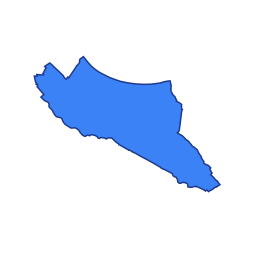 outline of Tiel, Gelderland, Netherlands, rotated 240°
{"feature_id": "6326949B29204266624827", "entity_name": "Tiel", "entity_type": "district", "adm_level": 2, "iso_a3": "NLD", "parent_name": "Netherlands", "parent_adm1": "Gelderland", "projection": "natural_earth1", "projection_center": [5.408, 51.887], "detail": "fine", "context": "isolated", "style": "filled", "palette": "blue", "viewbox_px": 256, "rotation_deg": 240, "n_neighbors": 0, "source": "geoboundaries", "source_scale": "gbopen_adm2", "svg_char_len": 5507}
<svg xmlns="http://www.w3.org/2000/svg" viewBox="0 0 256 256"><g transform="rotate(240 128 128)"><path d="M47.1,150.4L46.6,151.0L46.1,151.5L45.9,151.8L45.3,152.6L45.3,152.8L45.1,153.1L44.8,153.8L44.7,154.1L43.9,157.3L43.3,157.3L43.2,158.0L39.2,161.0L36.5,162.7L35.1,163.4L34.6,163.7L34.9,165.3L32.6,166.0L32.7,166.5L32.7,167.7L32.7,169.0L32.6,169.7L32.6,170.9L32.8,171.5L32.9,171.8L33.0,171.8L33.0,172.2L33.0,173.9L33.0,175.3L32.7,175.3L32.9,179.3L37.2,178.7L37.5,178.5L38.0,178.7L38.9,178.1L39.2,177.9L39.4,177.9L39.6,177.8L42.2,177.5L46.2,176.3L46.5,177.1L46.6,177.5L46.9,178.2L49.3,178.2L49.8,178.3L50.7,178.3L51.4,178.3L51.5,178.3L51.6,178.5L52.1,179.7L54.2,179.2L54.5,179.2L55.0,179.0L55.2,178.9L55.9,178.5L56.5,178.0L57.9,177.0L58.9,176.2L59.1,176.1L59.7,176.1L60.3,176.4L60.8,176.9L63.6,176.7L64.8,176.6L65.4,176.7L65.6,176.7L66.2,177.0L66.6,177.1L67.3,177.1L68.1,177.0L68.5,176.9L69.7,176.8L70.7,176.8L73.6,176.9L74.4,176.9L74.5,177.0L74.9,176.9L75.9,176.6L78.1,175.8L78.3,175.7L79.0,175.3L79.4,174.9L80.0,174.7L80.3,174.6L82.4,174.4L83.7,174.1L84.0,173.9L83.9,174.0L84.3,173.9L85.2,173.9L85.8,173.8L86.0,173.8L87.0,173.5L87.5,173.2L88.4,172.8L89.6,172.3L91.6,171.9L94.1,171.1L94.4,171.0L94.9,170.7L96.4,169.8L97.2,169.3L98.4,168.7L99.0,168.5L99.2,168.4L99.7,170.2L99.8,170.4L100.1,170.9L100.5,171.3L100.7,171.5L101.1,171.8L101.8,172.3L107.4,176.7L107.5,176.7L111.8,179.9L114.1,181.6L115.9,183.1L116.2,183.4L116.5,183.7L116.6,184.0L116.7,184.4L116.9,184.4L117.0,184.3L118.0,184.1L119.3,184.8L120.4,185.4L121.4,186.1L122.2,186.0L123.0,185.7L124.1,185.1L124.8,184.7L126.0,184.0L127.1,183.3L127.3,183.3L127.9,183.9L127.9,184.0L128.1,184.1L129.7,184.0L130.7,184.1L131.2,184.2L131.7,184.3L131.9,184.3L133.1,183.8L133.6,183.6L134.0,183.5L134.8,183.4L135.0,183.5L135.9,183.6L137.1,183.6L138.2,183.6L138.5,183.7L138.9,184.0L139.1,184.1L139.9,184.4L140.3,184.8L140.6,184.9L140.7,184.7L141.2,185.2L142.9,186.5L147.8,188.0L148.9,185.5L150.1,181.9L150.6,179.4L150.7,179.2L151.2,177.6L152.3,174.9L153.2,172.8L154.3,170.2L155.3,168.2L158.4,162.6L160.5,159.5L162.1,157.0L166.1,151.8L167.9,149.6L172.0,145.0L172.7,144.3L175.1,142.2L177.3,140.3L181.5,136.9L188.3,132.5L189.6,131.6L191.5,130.6L193.2,129.8L195.4,128.8L197.0,128.2L198.3,127.7L199.6,127.3L200.9,127.0L202.4,126.6L204.5,126.2L210.5,125.3L212.1,125.1L211.7,121.1L211.2,120.2L209.9,119.3L209.0,118.9L208.4,117.7L207.9,116.1L207.5,114.4L206.9,113.6L206.7,113.3L205.6,111.0L203.2,106.1L203.1,105.9L203.0,105.7L202.8,105.3L201.1,101.7L202.3,101.4L201.3,99.1L201.1,98.8L202.4,98.3L203.4,98.1L204.0,98.0L204.4,98.0L205.1,98.1L205.3,98.2L210.9,96.6L215.8,95.1L220.1,93.9L222.3,93.2L223.4,92.8L223.3,90.4L223.0,86.6L220.9,87.1L220.5,86.1L220.2,85.5L218.3,82.6L217.6,81.5L216.6,81.7L216.4,80.8L216.4,80.7L217.4,79.4L218.5,77.9L219.4,76.6L219.9,75.8L218.4,75.3L219.8,72.8L214.6,71.1L214.1,70.9L213.7,70.9L213.3,70.9L212.0,71.1L211.7,71.2L211.7,70.4L210.4,71.1L210.1,71.2L209.6,70.6L209.1,69.9L208.5,70.1L207.5,70.3L198.9,71.8L198.9,70.8L198.7,69.8L198.6,69.2L198.2,68.2L198.3,68.1L198.2,68.0L196.4,68.6L194.0,69.2L193.4,69.5L193.0,69.7L192.5,70.0L190.8,71.3L190.4,71.5L189.8,71.7L189.3,71.7L188.9,71.7L188.6,71.7L188.1,71.5L186.6,70.6L186.3,70.4L186.1,70.3L185.7,70.2L185.2,70.3L183.6,70.7L183.1,70.9L182.0,71.1L181.1,71.2L180.7,71.2L178.2,71.1L177.3,71.1L175.8,71.2L175.1,71.3L174.1,71.5L173.9,71.6L173.4,71.8L173.2,72.0L172.9,72.3L172.7,72.5L170.6,74.7L170.2,75.0L169.8,75.2L169.5,75.3L169.3,75.3L168.7,75.3L166.8,75.0L166.1,75.0L165.1,75.0L164.5,75.1L163.8,75.2L163.0,75.3L162.4,75.5L161.9,75.7L160.9,76.2L158.1,77.7L157.1,78.2L156.5,78.7L156.3,78.9L156.0,79.3L155.9,79.5L155.7,80.1L154.9,81.7L154.5,82.3L154.3,82.5L154.0,82.7L153.1,83.2L152.1,83.7L151.5,84.0L151.2,84.1L150.6,84.2L149.7,84.3L147.9,84.3L147.7,84.3L146.7,84.6L145.3,84.8L144.8,84.9L143.6,85.7L142.9,86.0L142.6,86.2L142.4,86.3L142.3,86.5L142.2,86.8L142.1,87.4L142.1,87.7L142.1,88.2L142.1,88.7L142.2,89.1L142.1,89.4L141.8,89.8L141.6,90.0L141.1,90.3L140.8,90.5L140.6,90.8L140.5,91.0L140.5,91.5L140.5,91.8L140.6,92.3L140.6,92.6L140.6,92.9L140.4,93.2L140.1,93.5L139.6,94.0L139.3,94.3L139.0,94.7L138.6,95.3L138.4,95.6L137.2,96.2L136.5,96.7L136.2,96.8L135.8,96.9L135.0,97.0L134.6,97.0L134.1,97.2L134.0,97.3L133.7,97.5L133.4,97.9L133.3,98.1L133.3,98.4L133.4,99.0L133.4,99.3L133.3,99.7L133.0,100.2L132.2,101.2L132.0,101.5L131.7,102.0L131.4,102.5L131.1,102.7L130.8,102.9L130.2,103.2L129.9,103.3L129.6,103.4L129.5,103.5L129.4,103.7L129.4,104.1L129.4,104.3L129.4,104.7L129.4,105.5L129.4,105.8L129.3,106.1L129.2,106.3L129.0,106.7L128.4,107.4L128.1,107.8L127.8,108.3L127.5,108.9L127.1,109.0L126.5,109.3L124.8,109.6L124.4,109.8L121.9,110.5L119.0,111.9L118.7,112.0L117.9,111.8L117.7,112.3L116.5,112.9L113.4,114.7L110.7,116.3L108.4,117.6L108.6,117.9L105.4,119.9L105.2,119.8L104.6,120.2L104.7,120.3L101.4,122.4L98.4,124.1L94.2,126.7L94.1,126.8L88.9,130.0L83.5,133.2L77.9,136.4L77.4,136.4L74.8,137.9L74.0,138.7L67.8,142.7L67.5,143.0L66.6,143.6L66.4,143.5L66.2,143.6L65.6,143.4L65.0,143.3L64.6,143.3L63.6,143.4L63.0,143.6L62.6,143.7L62.4,143.9L62.1,144.3L61.9,144.6L61.7,144.8L61.4,145.0L61.0,145.1L60.8,145.1L59.2,145.0L58.8,145.0L58.2,145.0L57.8,144.8L57.2,144.4L56.9,144.3L56.7,144.2L56.4,144.2L55.8,144.2L55.4,144.3L54.9,144.6L54.3,145.1L54.2,145.3L53.9,145.7L53.8,146.0L53.8,146.9L53.6,147.5L53.6,147.8L53.2,148.6L53.0,149.1L52.7,149.5L52.0,150.0L51.6,150.4L51.0,151.2L50.6,151.3L50.1,151.5L49.9,151.5L48.8,151.2L48.3,151.1L47.7,150.8L47.1,150.4Z" fill="#3b82f6" stroke="#1e3a8a" stroke-width="1.5"/></g></svg>